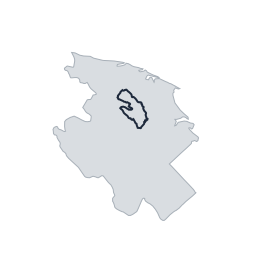 Tsamba-Magotsi, Ngounié, Gabon shown in context, rotated 137°
{"feature_id": "22940354B73947944893462", "entity_name": "Tsamba-Magotsi", "entity_type": "district", "adm_level": 2, "iso_a3": "GAB", "parent_name": "Gabon", "parent_adm1": "Ngounié", "projection": "equal_earth", "projection_center": [10.858, -1.184], "detail": "fine", "context": "in_parent", "style": "outline", "palette": "slate", "viewbox_px": 256, "rotation_deg": 137, "n_neighbors": 0, "source": "geoboundaries", "source_scale": "gbopen_adm2", "svg_char_len": 7108}
<svg xmlns="http://www.w3.org/2000/svg" viewBox="0 0 256 256"><g transform="rotate(137 128 128)"><path d="M166.1,38.5L166.0,40.6L164.2,45.8L163.4,49.8L163.1,54.0L163.6,57.4L164.5,59.8L165.0,62.5L164.6,64.3L163.8,65.1L164.4,66.0L165.6,66.3L167.8,65.5L171.2,64.0L175.7,62.0L178.6,60.9L183.4,61.6L185.9,62.4L187.3,63.8L188.7,69.9L189.4,70.8L190.5,73.4L191.5,76.5L191.7,78.1L191.6,79.2L190.6,80.9L189.5,83.4L189.2,84.9L188.2,86.0L187.1,87.1L183.9,87.5L183.4,88.2L182.5,90.8L180.8,93.0L180.0,95.1L179.3,97.9L179.5,101.4L179.1,106.4L178.8,109.8L179.6,111.0L183.5,111.8L184.2,112.5L185.2,114.6L186.5,116.6L190.0,117.8L191.4,119.3L192.5,121.0L192.7,122.3L191.9,127.8L191.1,133.0L191.4,137.0L191.7,140.8L192.1,146.3L191.9,149.7L190.9,151.7L190.9,153.3L191.4,155.3L190.5,160.7L189.9,161.6L188.3,162.6L187.5,164.0L187.2,166.3L186.4,169.4L185.5,170.5L185.5,172.0L186.4,173.0L186.3,174.7L184.8,176.6L183.8,178.1L181.7,178.8L179.3,178.0L178.8,176.9L179.4,175.3L179.2,173.9L178.3,172.5L177.1,168.9L175.9,168.2L175.3,169.6L173.3,172.4L169.9,175.9L167.5,176.2L163.0,175.1L159.3,173.4L157.6,169.3L156.5,165.9L154.9,161.9L153.1,160.0L151.2,158.8L150.3,158.8L147.6,161.0L146.8,161.8L146.8,163.7L147.1,165.4L147.5,166.3L147.8,167.4L147.8,169.1L147.3,171.4L147.1,173.9L138.6,176.4L137.1,175.5L136.0,174.4L134.7,174.6L131.0,175.9L129.7,175.0L128.3,174.3L127.7,174.9L127.6,176.0L128.3,181.9L128.1,184.2L127.2,187.2L126.8,189.2L129.0,189.8L129.9,190.7L130.7,192.2L131.8,193.6L131.8,194.5L130.6,196.0L130.2,197.9L130.8,199.5L132.3,201.0L134.5,202.7L135.6,203.7L135.5,204.7L134.5,206.8L134.1,208.5L133.4,210.1L133.5,211.6L134.5,213.0L134.4,214.2L133.7,215.1L132.3,214.9L131.1,215.0L130.1,214.7L126.8,209.9L126.0,209.8L121.2,213.4L120.0,214.9L119.0,217.1L117.7,221.7L115.5,219.0L113.6,214.1L111.4,211.0L106.7,206.1L105.5,202.5L100.2,194.5L92.5,186.5L87.0,179.6L86.2,178.1L87.1,178.3L92.4,181.7L93.2,181.3L93.8,180.6L91.5,178.7L89.3,177.3L87.2,176.4L85.1,176.5L84.0,175.0L83.2,172.8L82.8,170.9L81.9,168.9L79.0,164.8L78.3,163.2L76.7,161.1L77.7,160.8L80.8,162.8L81.1,162.0L80.8,160.8L77.7,158.8L75.9,158.7L75.5,157.3L75.8,155.7L73.5,149.7L71.2,145.3L70.8,143.1L77.1,152.9L78.0,153.1L79.1,153.0L81.7,151.9L81.2,150.6L80.0,149.2L78.9,149.8L77.4,150.0L76.6,149.4L76.3,148.4L77.8,143.6L77.1,143.9L76.6,144.7L75.8,145.1L74.6,145.4L71.4,142.8L68.7,136.0L68.0,134.6L67.2,132.2L66.5,131.2L63.3,121.5L64.6,122.2L66.0,125.0L68.8,124.5L69.9,122.8L70.8,122.9L71.8,122.5L73.0,121.0L76.6,114.3L77.6,105.4L77.3,100.2L76.7,95.0L77.9,93.3L78.4,94.4L78.6,96.3L79.2,97.6L80.5,98.9L82.8,99.2L86.5,101.1L87.8,102.3L88.2,99.9L92.4,97.8L91.1,97.1L87.4,97.9L82.2,94.8L80.5,92.8L78.9,89.0L77.3,87.0L77.4,85.3L81.1,83.6L82.1,83.8L82.4,85.8L83.4,86.6L83.8,86.3L84.0,84.6L84.0,80.2L82.9,73.8L83.2,72.6L84.2,72.1L85.1,71.3L85.8,71.1L87.0,71.3L87.6,72.8L88.0,73.6L89.2,73.9L90.3,74.7L91.2,74.5L91.9,73.6L93.0,73.4L96.4,73.4L99.4,73.4L105.5,73.5L111.6,73.5L117.7,73.5L122.3,73.5L122.2,69.9L122.2,64.3L122.2,57.6L122.2,51.2L122.1,45.3L122.1,38.3L122.4,36.3L122.7,35.5L122.5,34.3L127.3,34.3L135.8,34.8L139.5,34.7L140.6,34.8L145.2,34.5L149.0,34.9L150.6,35.4L152.0,35.6L156.5,35.9L162.4,35.6L164.4,35.7L165.5,36.6L166.1,38.5Z" fill="#d9dde1" stroke="#a8b0b8" stroke-width="1"/><path d="M120.8,121.5L120.5,121.1L120.0,120.6L119.5,120.1L119.1,119.6L118.9,119.3L118.5,119.2L118.3,119.3L118.0,119.5L117.8,119.6L117.4,119.7L117.0,119.7L114.8,119.9L113.6,120.0L113.0,120.3L112.8,120.5L112.5,120.8L112.3,121.1L112.2,121.3L112.0,121.2L111.8,120.8L111.6,120.7L111.3,120.8L111.0,120.9L110.9,121.2L110.8,121.5L110.5,121.9L110.3,122.0L110.0,121.9L109.7,121.7L109.7,121.3L109.8,121.2L109.6,121.0L109.3,121.0L109.1,120.9L108.7,120.9L108.5,121.0L108.4,121.3L108.3,121.5L108.0,121.7L107.9,121.6L107.8,121.4L107.7,121.2L107.4,121.4L107.4,121.6L107.6,121.8L107.7,122.0L107.8,122.3L107.8,122.7L107.7,122.9L107.4,123.2L107.2,123.5L107.0,123.9L106.8,124.3L106.7,124.5L106.6,124.9L105.9,125.8L105.5,125.9L105.3,126.1L104.9,126.4L104.7,126.5L104.5,126.9L104.4,127.9L104.4,128.5L104.4,129.4L104.3,129.9L104.0,130.8L103.7,131.6L103.5,131.9L103.1,132.2L102.8,132.4L102.5,132.5L102.3,132.6L102.2,133.0L102.3,133.3L102.5,133.4L102.6,133.7L102.5,134.2L102.4,134.6L102.1,135.1L101.8,135.3L101.7,135.5L101.7,135.8L101.8,136.1L101.8,136.4L101.7,136.5L101.4,136.6L101.2,136.7L101.1,137.1L101.1,137.3L101.0,137.6L101.2,138.2L101.4,138.4L101.7,138.5L101.9,138.7L102.0,139.0L102.2,139.3L102.5,139.5L102.8,139.8L102.9,140.2L103.0,140.7L103.0,141.0L102.9,141.4L102.8,141.9L102.7,142.3L102.7,142.8L102.6,143.2L102.6,143.6L102.5,144.2L102.6,145.7L102.7,146.5L102.8,146.9L102.9,147.1L103.2,147.3L103.5,147.4L103.8,147.6L103.9,147.9L103.8,148.3L103.7,148.5L103.4,148.9L103.1,149.3L102.8,149.9L102.6,150.4L102.6,151.0L102.6,152.1L102.7,152.7L102.7,153.4L102.9,154.3L103.0,154.9L103.0,157.0L103.2,157.3L103.5,157.5L104.0,157.6L104.3,157.8L104.5,158.0L105.1,158.1L105.3,158.1L105.7,158.3L105.9,158.5L106.1,158.8L106.3,159.1L106.3,159.3L106.3,159.5L107.1,159.5L108.2,159.5L108.7,159.5L109.3,159.3L109.5,159.0L110.0,158.9L111.0,158.8L111.5,158.7L112.1,158.7L112.4,158.6L112.6,158.5L112.9,158.5L113.1,158.5L113.3,158.5L113.6,158.1L113.9,157.8L114.2,157.7L114.7,157.6L114.7,157.2L114.8,156.9L115.0,156.8L115.1,156.4L115.2,156.2L115.3,155.9L115.3,155.6L115.2,155.3L115.1,155.2L114.9,155.1L114.7,154.9L114.6,154.7L114.5,154.3L114.4,153.7L114.1,153.3L113.9,152.7L113.7,152.3L113.6,151.9L113.4,151.6L113.3,151.4L113.2,151.1L113.1,150.7L113.1,150.3L113.0,150.0L112.9,149.8L112.7,149.6L112.5,149.4L112.3,149.2L112.1,148.9L112.1,148.7L112.0,148.2L111.9,147.8L111.7,147.6L111.4,147.5L111.2,147.5L111.0,147.4L110.8,146.8L110.5,146.0L110.2,145.1L110.0,144.7L110.0,144.4L110.1,144.1L110.3,144.0L110.7,144.0L110.9,144.1L111.1,144.1L111.3,144.1L111.4,143.9L111.6,143.6L111.8,143.5L112.2,143.4L112.6,143.4L112.8,143.3L112.8,143.1L112.7,142.7L112.5,142.1L112.3,141.4L112.1,140.9L111.9,140.5L111.8,140.1L111.7,139.8L111.7,139.4L111.9,139.1L112.2,139.0L112.6,139.0L112.9,139.1L113.2,139.2L113.5,139.4L113.8,139.8L114.1,140.1L114.2,140.4L114.5,140.6L114.8,140.7L115.0,141.1L115.0,141.7L115.1,142.1L115.3,142.4L115.4,142.6L115.5,143.0L115.6,143.5L115.7,144.1L115.8,144.7L116.0,145.2L116.4,145.8L116.5,146.1L116.7,146.5L117.0,146.9L117.4,147.2L117.8,147.4L118.1,147.6L118.5,147.9L118.8,147.9L119.0,147.9L119.6,147.9L120.1,147.8L120.1,147.5L120.2,146.8L120.0,146.3L119.9,145.7L119.9,145.0L120.0,144.3L120.1,143.7L120.3,143.2L120.4,142.7L120.6,142.4L120.7,141.7L120.7,141.1L120.6,140.3L120.5,139.8L120.5,139.3L120.4,138.9L120.3,138.2L120.2,137.7L120.2,137.1L120.2,136.7L120.3,136.4L120.4,136.0L120.6,135.5L120.6,135.1L120.6,134.7L120.4,134.3L120.2,133.9L119.8,133.7L119.6,133.5L119.5,133.2L119.6,132.9L119.7,132.5L119.7,132.2L119.7,131.8L119.6,131.5L119.4,131.2L119.2,131.0L119.1,130.9L118.9,130.9L118.6,130.9L118.3,131.0L118.1,131.0L118.1,130.8L118.0,130.4L118.1,130.2L118.3,129.8L118.4,129.4L118.5,128.7L118.6,128.3L118.8,127.7L118.9,127.4L119.1,127.0L119.1,126.5L119.0,125.9L118.9,125.6L118.9,125.2L119.1,125.0L119.4,124.7L119.5,124.3L120.0,123.5L120.2,122.9L120.4,122.3L120.8,121.5Z" fill="none" stroke="#1e293b" stroke-width="2"/></g></svg>